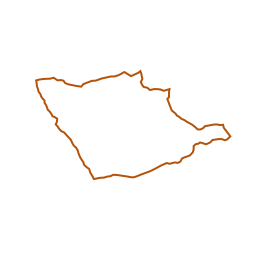 outline of Pérola, Paraná, Brazil, rotated 105°
{"feature_id": "56859067B95323447505184", "entity_name": "Pérola", "entity_type": "district", "adm_level": 2, "iso_a3": "BRA", "parent_name": "Brazil", "parent_adm1": "Paraná", "projection": "robinson", "projection_center": [-53.712, -23.823], "detail": "fine", "context": "isolated", "style": "outline", "palette": "amber", "viewbox_px": 256, "rotation_deg": 105, "n_neighbors": 0, "source": "geoboundaries", "source_scale": "gbopen_adm2", "svg_char_len": 1820}
<svg xmlns="http://www.w3.org/2000/svg" viewBox="0 0 256 256"><g transform="rotate(105 128 128)"><path d="M105.8,229.0L109.0,227.6L111.3,226.7L113.9,224.9L116.2,223.7L117.7,221.6L119.9,220.1L121.6,218.2L123.0,215.8L125.3,215.1L127.0,213.1L128.8,211.8L131.0,210.3L132.4,207.9L133.9,206.0L136.2,203.9L136.5,201.3L137.4,198.7L140.6,198.3L143.2,198.7L144.7,196.4L146.4,194.6L148.2,191.9L148.9,188.3L150.6,185.9L152.3,183.1L154.1,180.2L157.3,177.6L159.2,175.6L160.2,173.3L162.9,170.6L165.2,169.3L167.1,167.9L169.1,166.2L170.9,164.3L172.6,162.2L174.8,161.1L176.1,158.8L177.7,154.8L180.9,152.9L183.5,150.1L186.1,147.7L183.5,142.5L182.1,138.3L180.5,135.8L179.0,132.4L177.0,130.1L176.5,127.9L176.0,124.5L175.0,115.7L174.8,112.6L174.3,110.1L172.6,107.3L169.7,103.5L163.9,95.3L160.0,90.9L155.7,86.4L151.8,81.5L151.8,78.5L149.1,73.8L148.9,71.0L146.9,68.7L143.4,67.9L141.3,65.2L138.7,61.3L134.9,59.2L131.9,59.0L128.5,59.9L126.1,58.4L125.0,56.1L123.3,54.6L123.5,48.3L122.1,46.6L120.5,44.7L117.7,43.3L115.1,37.2L114.4,34.3L114.8,31.3L113.3,29.2L109.6,27.0L102.9,35.6L100.3,37.0L101.4,40.2L101.5,42.9L102.2,45.3L103.3,47.8L104.6,50.4L106.2,54.0L108.8,55.5L110.8,57.9L111.3,60.3L109.6,63.6L108.2,66.9L107.3,70.4L106.8,72.7L105.7,75.8L105.3,78.8L103.8,81.9L103.3,84.1L101.9,85.6L99.7,90.3L96.5,92.7L89.8,97.5L87.6,96.4L82.9,97.6L79.7,98.0L82.8,103.0L82.4,106.8L82.9,109.9L83.6,112.7L85.6,116.5L84.1,119.9L84.3,123.3L83.1,125.1L80.4,127.5L76.7,126.8L74.5,128.1L71.9,129.3L69.9,130.8L72.0,132.3L77.1,138.5L74.9,146.0L79.4,150.7L81.7,154.4L82.6,157.8L85.2,162.7L87.1,166.4L90.6,171.4L91.8,175.1L94.6,179.0L97.2,182.5L100.2,183.9L100.8,189.2L101.0,193.1L101.3,197.4L100.8,200.4L99.0,202.6L99.0,205.0L100.2,208.4L98.7,212.8L100.6,216.2L101.6,219.6L102.8,223.0L104.2,226.3L105.8,229.0Z" fill="none" stroke="#b45309" stroke-width="2"/></g></svg>